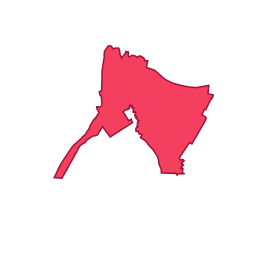 the district of Maruntei, Olt, Romania, rotated 135°
{"feature_id": "2599482B42187195394507", "entity_name": "Maruntei", "entity_type": "district", "adm_level": 2, "iso_a3": "ROU", "parent_name": "Romania", "parent_adm1": "Olt", "projection": "orthographic", "projection_center": [24.493, 44.238], "detail": "fine", "context": "isolated", "style": "filled", "palette": "rose", "viewbox_px": 256, "rotation_deg": 135, "n_neighbors": 0, "source": "geoboundaries", "source_scale": "gbopen_adm2", "svg_char_len": 5662}
<svg xmlns="http://www.w3.org/2000/svg" viewBox="0 0 256 256"><g transform="rotate(135 128 128)"><path d="M215.3,145.1L210.2,139.2L208.2,139.8L207.1,140.1L202.7,141.4L201.2,141.6L200.6,141.9L198.1,142.6L196.2,143.3L191.9,144.4L189.8,145.0L187.6,145.6L183.0,147.0L181.7,147.2L180.0,147.8L177.2,148.8L175.0,149.2L173.7,149.4L173.3,149.3L170.0,148.5L168.3,148.1L167.7,148.1L167.0,148.5L166.4,148.6L165.4,148.6L162.4,147.9L161.4,147.8L160.1,147.5L159.5,147.4L158.5,147.1L157.7,146.7L157.1,146.0L156.7,145.7L155.8,145.3L154.3,144.7L153.3,144.9L152.1,145.4L151.9,145.4L150.8,145.7L149.7,145.9L149.2,145.9L145.0,147.0L146.2,139.5L147.0,134.2L138.7,132.5L137.2,132.1L136.9,131.9L136.6,132.0L133.1,131.3L121.1,128.6L121.0,129.0L119.4,132.0L122.3,132.6L121.9,134.7L121.7,135.4L121.5,136.5L121.3,137.7L121.2,137.9L120.9,138.2L120.9,138.6L120.4,141.0L120.1,143.0L118.4,142.8L117.2,142.6L117.1,142.3L115.2,141.9L115.2,141.3L115.2,141.2L113.1,140.8L113.1,141.2L113.0,141.3L111.8,141.6L111.8,142.5L110.2,142.6L110.4,142.2L110.2,141.5L109.9,141.3L109.4,141.2L109.6,140.9L109.7,140.5L109.9,140.4L110.0,140.1L110.2,139.8L110.3,139.8L110.5,140.0L110.8,140.0L110.9,139.9L110.9,139.1L110.6,138.8L110.2,138.6L109.8,138.3L109.8,138.2L109.8,137.9L110.4,137.7L110.5,137.9L110.6,138.1L110.9,137.9L111.1,137.4L111.6,136.8L111.9,136.3L112.3,136.1L112.9,136.0L113.1,135.8L113.1,135.4L113.0,135.2L112.5,134.8L112.1,134.6L111.6,134.5L111.5,134.3L111.5,134.1L112.3,134.1L112.3,133.8L111.8,133.4L111.8,133.2L112.6,132.8L113.0,132.5L113.4,132.4L113.8,132.5L114.1,132.4L114.4,131.9L114.5,131.5L114.2,130.4L113.9,130.0L114.1,129.7L114.3,129.7L114.8,130.0L115.2,130.2L115.4,129.9L115.3,129.6L115.1,129.2L115.3,128.4L115.3,127.7L115.4,127.2L115.6,127.0L115.7,126.7L115.3,126.5L115.1,125.6L115.3,125.6L116.2,125.5L116.4,125.4L116.5,125.4L116.6,125.2L116.7,124.8L117.0,124.9L117.3,125.1L117.6,125.1L118.8,123.7L119.3,123.6L119.6,123.4L119.8,123.0L120.1,122.0L120.5,121.9L121.0,122.5L121.9,122.3L123.1,121.8L123.6,121.4L124.3,120.3L124.6,120.0L124.7,119.9L124.5,119.7L123.3,118.4L123.1,118.2L123.5,117.4L123.8,117.2L124.0,116.7L124.3,116.4L124.3,115.8L124.2,115.6L123.9,115.6L123.7,115.4L123.7,115.1L123.5,114.9L123.1,114.3L123.1,114.2L123.0,113.6L122.8,113.4L122.8,113.2L123.9,112.9L125.8,112.6L125.8,111.9L125.5,110.4L124.8,106.7L124.9,104.9L125.0,103.5L125.3,102.3L125.4,102.2L125.3,101.6L125.5,101.1L125.6,99.2L125.6,95.5L125.6,94.2L126.0,93.3L126.2,92.4L126.2,91.8L126.6,90.9L126.7,89.6L127.2,87.3L127.6,86.4L128.0,85.7L128.4,85.0L129.0,84.0L129.6,82.9L130.7,81.8L131.7,80.2L132.3,79.1L132.7,77.6L133.3,76.4L133.5,75.6L136.2,72.6L127.3,63.1L126.4,62.0L126.3,61.8L126.2,61.6L126.6,60.5L126.6,60.2L126.5,59.9L126.3,59.9L125.4,60.4L125.2,60.4L124.9,60.3L120.8,56.0L120.6,56.1L120.8,56.6L120.9,57.2L120.8,57.9L120.7,58.3L119.8,59.1L119.4,59.3L119.0,59.4L118.6,59.7L118.1,60.4L117.8,60.6L117.8,60.8L118.9,62.0L119.7,61.5L119.0,62.0L119.2,62.3L118.1,62.5L116.3,62.6L115.4,62.5L115.0,62.6L115.0,62.8L115.6,63.1L115.6,63.3L115.3,63.3L115.2,63.5L115.5,63.8L115.4,63.9L115.2,64.0L115.3,64.7L115.6,64.9L115.5,65.0L115.2,65.1L115.0,65.5L114.8,65.8L114.3,65.0L111.4,65.2L111.4,66.3L111.6,66.9L112.2,67.6L112.6,67.6L113.1,67.6L113.5,69.7L113.4,69.9L112.7,70.5L109.9,71.2L95.0,74.2L94.1,71.6L93.6,71.8L93.5,72.0L93.4,72.0L93.2,72.0L93.2,71.8L88.8,73.1L88.0,73.3L87.4,73.3L86.6,73.5L77.0,76.2L70.1,78.0L67.8,78.7L67.2,79.1L66.5,79.2L66.1,79.4L65.9,79.7L65.3,80.7L66.3,85.1L60.7,87.2L60.2,85.9L51.4,89.0L50.9,89.0L48.3,89.9L48.1,89.5L47.9,89.4L46.5,90.1L46.1,90.2L45.8,90.2L45.5,90.3L44.9,90.6L44.7,90.9L44.4,91.6L44.6,91.7L45.0,92.1L45.3,92.8L46.6,94.4L47.1,95.8L40.7,101.0L50.9,108.1L55.8,113.7L60.3,120.5L64.9,128.5L67.3,135.8L67.7,139.3L68.3,149.9L72.2,157.9L69.2,159.8L68.2,160.6L66.8,161.1L66.5,161.3L66.5,161.5L66.8,162.0L67.1,162.2L67.6,162.6L67.9,163.0L68.3,163.2L68.5,163.5L68.5,163.9L67.8,165.0L67.5,165.7L67.4,166.3L67.5,166.3L67.5,167.6L67.6,167.4L67.8,167.8L67.9,168.6L68.1,169.2L68.1,169.4L68.2,169.7L68.5,170.2L68.9,170.8L69.2,171.0L69.7,171.2L70.0,171.2L70.6,171.2L71.0,171.2L71.3,171.3L71.5,172.3L71.7,172.7L72.1,174.0L73.0,175.7L73.4,176.2L73.7,176.4L74.2,176.6L75.1,176.9L76.0,177.0L76.9,177.9L77.1,178.0L76.0,179.6L75.2,180.4L74.0,181.5L75.5,183.7L76.0,183.1L76.4,182.9L80.0,182.3L82.0,182.4L82.5,182.3L83.0,182.0L82.8,182.7L82.4,183.6L81.9,185.0L81.5,185.9L79.7,187.9L78.9,189.2L78.5,190.1L78.2,190.8L78.3,191.3L80.1,193.2L80.7,193.6L82.5,194.4L82.0,197.2L82.1,197.9L82.4,198.6L82.9,199.1L83.3,199.5L84.1,200.0L84.6,200.0L85.1,199.8L90.9,198.7L91.3,198.0L91.6,197.7L92.0,197.3L93.2,196.7L93.8,195.8L94.2,195.3L94.4,195.2L106.1,186.6L107.8,184.9L110.1,182.7L112.1,180.7L114.5,178.4L115.5,177.5L115.6,177.4L115.7,177.5L117.5,175.8L119.1,173.9L119.9,173.2L120.1,173.1L121.1,173.6L122.9,173.8L123.6,172.6L124.5,171.0L124.6,170.5L124.6,170.2L124.4,170.0L124.3,169.9L125.2,168.3L125.8,167.8L126.1,167.2L126.3,166.9L127.5,166.0L127.7,165.7L127.7,165.4L127.8,165.1L129.2,163.7L130.4,162.8L131.1,162.5L132.3,162.4L133.4,162.8L133.7,163.1L133.7,163.5L133.7,163.8L133.8,164.1L135.2,165.1L135.8,164.4L136.5,163.4L136.6,162.7L137.3,160.2L137.6,159.6L138.0,159.3L139.1,159.0L140.8,158.8L142.4,158.3L142.6,158.3L143.9,158.1L144.5,158.1L144.7,157.9L145.9,158.1L146.8,158.1L147.9,157.6L148.4,157.6L151.6,156.9L155.6,155.3L156.5,155.0L160.6,154.2L161.9,153.8L162.8,153.6L164.5,153.7L165.5,153.9L166.1,153.6L166.7,154.0L167.4,153.8L168.4,153.7L175.4,154.0L176.6,154.2L178.4,154.2L178.7,154.2L180.2,154.1L181.6,154.0L193.7,151.6L200.5,150.1L202.5,149.5L202.9,149.4L203.3,149.0L203.4,148.9L203.8,148.8L204.4,149.0L204.9,148.8L213.6,145.6L215.3,145.1Z" fill="#f43f5e" stroke="#9f1239" stroke-width="1.5"/></g></svg>